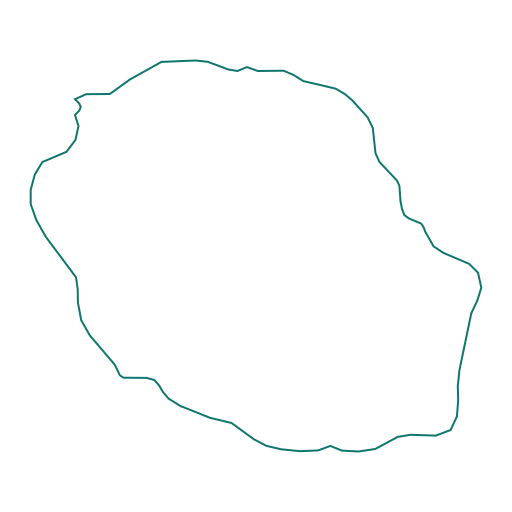 La Réunion, orthographic projection
{"feature_id": "FRA-4601", "entity_name": "La Réunion", "entity_type": "Overseas department", "adm_level": 1, "iso_a3": "FRA", "parent_name": "France", "parent_adm1": "", "projection": "orthographic", "projection_center": [55.548, -21.116], "detail": "fine", "context": "isolated", "style": "outline", "palette": "teal", "viewbox_px": 512, "rotation_deg": 0, "n_neighbors": 0, "source": "natural_earth", "source_scale": "10m", "svg_char_len": 1099}
<svg xmlns="http://www.w3.org/2000/svg" viewBox="0 0 512 512"><path d="M433.6,246.4L443.6,253.0L469.2,263.9L478.0,272.7L481.3,287.6L477.4,300.4L471.3,313.3L459.5,369.9L457.8,385.9L458.2,400.1L456.9,416.5L450.6,430.0L435.8,435.6L410.4,434.8L397.7,436.9L375.2,449.0L358.4,451.5L341.9,450.6L330.3,445.9L318.2,450.4L300.1,451.2L281.2,449.3L266.5,445.9L254.1,439.4L231.5,423.0L210.0,417.8L180.6,406.1L168.7,398.7L163.0,392.1L158.9,385.2L154.4,380.0L146.7,377.9L123.4,377.7L119.9,375.3L114.7,364.6L89.8,335.4L81.2,320.2L77.9,302.4L77.7,288.9L76.0,277.3L45.8,236.8L36.4,220.2L30.7,204.1L30.7,189.9L34.8,174.5L42.4,162.0L66.5,151.8L75.4,140.0L78.5,126.1L75.0,115.0L79.3,110.5L80.7,107.0L79.3,103.5L75.0,99.2L86.1,94.2L109.8,94.0L129.9,79.5L161.4,61.9L195.7,60.5L207.7,61.8L228.4,69.5L237.5,71.0L246.9,67.1L257.9,71.0L283.6,70.7L293.6,75.0L303.3,81.1L335.5,88.6L344.9,94.1L352.1,100.2L367.5,117.2L372.8,128.0L375.5,153.2L379.5,162.0L397.0,180.6L399.4,185.9L400.5,201.1L402.0,208.9L404.3,215.0L408.8,218.4L421.2,223.6L423.9,227.8L425.1,231.4L433.6,246.4Z" fill="none" stroke="#0f766e" stroke-width="2"/></svg>